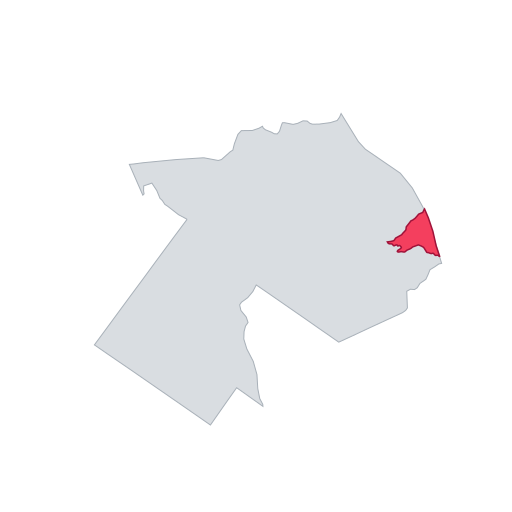 Guatemala, with Retalhuleu highlighted, rotated 215°
{"feature_id": "GTM-1946", "entity_name": "Retalhuleu", "entity_type": "Department", "adm_level": 1, "iso_a3": "GTM", "parent_name": "Guatemala", "parent_adm1": "", "projection": "orthographic", "projection_center": [-91.761, 14.429], "detail": "fine", "context": "in_parent", "style": "filled", "palette": "rose", "viewbox_px": 512, "rotation_deg": 215, "n_neighbors": 0, "source": "natural_earth", "source_scale": "10m", "svg_char_len": 3021}
<svg xmlns="http://www.w3.org/2000/svg" viewBox="0 0 512 512"><g transform="rotate(215 256 256)"><path d="M99.7,356.4L101.7,354.3L103.4,349.6L105.6,344.6L104.3,338.9L103.5,334.3L106.0,327.6L105.7,322.5L106.9,319.4L110.4,317.4L112.3,313.6L102.2,300.3L102.2,297.3L103.5,293.6L111.8,279.4L121.6,262.6L132.3,244.0L138.8,232.9L162.3,232.8L177.9,232.8L197.7,232.7L219.3,232.6L233.4,232.5L239.2,232.4L238.2,225.1L238.9,217.1L241.4,209.8L241.4,206.6L237.1,202.7L229.0,200.4L224.4,197.0L224.4,192.6L222.4,187.2L218.4,181.0L210.2,174.6L197.8,168.1L187.2,159.4L178.5,148.4L171.1,141.3L165.4,138.4L164.1,136.8L180.6,136.9L196.3,137.0L196.4,121.2L196.4,107.2L196.4,91.4L224.8,91.3L258.6,91.1L293.7,90.9L321.2,90.6L337.4,90.5L336.9,110.1L336.4,132.9L336.0,149.6L335.4,171.9L334.9,194.8L334.1,225.9L333.5,246.0L333.9,246.5L343.2,245.4L356.9,246.1L360.3,246.0L364.5,247.7L367.8,248.2L374.8,252.7L383.1,256.0L388.2,249.0L385.4,244.8L383.3,242.7L383.6,240.9L412.3,258.4L409.0,261.2L401.9,267.7L388.9,278.8L377.2,288.8L366.0,297.8L355.9,305.9L354.7,306.7L341.7,312.6L339.6,315.2L336.9,326.6L335.7,329.4L338.1,335.6L340.6,345.3L339.9,350.3L331.0,356.7L326.9,362.3L325.1,366.0L323.5,365.0L320.7,364.8L314.3,366.3L311.2,366.6L308.6,368.2L308.3,371.7L310.1,377.4L310.8,380.3L309.0,381.6L301.1,385.1L298.0,388.5L295.0,393.7L291.5,395.9L287.9,395.6L285.3,396.4L279.9,400.3L271.6,407.9L267.2,413.6L267.2,417.8L268.0,421.5L237.7,408.4L227.7,406.2L185.3,406.6L167.0,401.4L146.3,391.3L132.3,382.2L99.7,356.4Z" fill="#d9dde1" stroke="#a8b0b8" stroke-width="1"/><path d="M144.9,391.2L136.7,386.1L125.3,377.7L114.2,367.6L105.4,361.1L105.5,360.9L106.0,360.8L106.8,361.0L107.2,360.9L107.6,360.8L108.3,360.3L109.0,359.6L109.3,359.5L109.7,359.4L110.5,359.5L111.2,359.7L111.6,359.8L111.8,359.8L112.1,359.9L112.3,359.8L112.6,359.7L112.9,359.5L113.8,358.5L114.5,358.2L116.8,357.6L117.4,357.2L117.9,357.0L118.0,357.0L118.4,357.0L123.0,359.0L123.9,359.2L126.2,359.0L129.4,358.2L131.9,354.6L132.6,353.7L132.8,353.3L133.0,352.8L133.3,351.6L133.6,350.9L133.9,350.2L135.3,348.0L135.7,347.3L136.3,345.0L136.9,344.2L139.7,342.8L140.7,341.7L141.3,341.2L141.6,340.9L141.9,340.8L142.1,340.7L142.4,340.7L142.7,340.7L142.9,340.8L143.0,341.0L143.0,342.1L141.9,344.8L141.7,346.2L141.9,346.4L142.3,346.7L143.2,346.8L143.7,347.0L144.3,347.0L145.1,346.3L145.3,345.8L145.4,345.6L145.7,345.5L146.2,345.7L146.6,345.9L146.9,345.9L147.1,345.8L147.7,345.2L148.1,344.6L148.2,344.4L148.6,343.7L148.9,343.5L149.1,343.4L149.4,343.4L150.2,343.6L150.7,343.7L151.1,343.8L151.4,343.8L151.8,343.7L152.2,343.5L153.8,342.4L154.3,342.3L155.3,342.3L156.5,342.9L154.2,345.0L152.4,347.0L152.2,347.3L151.9,347.8L151.9,348.0L151.8,348.9L151.9,350.0L151.9,350.8L148.8,357.1L148.8,357.6L148.8,357.9L148.9,358.1L148.2,362.9L148.3,363.4L148.4,363.8L148.6,364.2L149.6,366.0L149.6,366.6L149.3,371.8L149.3,372.9L149.3,373.4L149.2,373.8L148.3,375.2L147.3,378.1L147.0,380.6L146.8,383.2L146.7,383.7L146.6,383.9L144.4,387.3L144.9,390.5L144.9,391.2Z" fill="#f43f5e" stroke="#9f1239" stroke-width="1.5"/></g></svg>